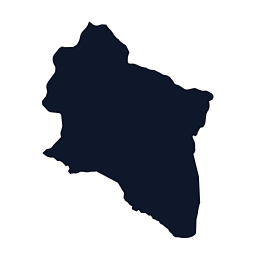 Cândido Mota, São Paulo, Brazil (orthographic projection), rotated 103°
{"feature_id": "56859067B55790387893872", "entity_name": "Cândido Mota", "entity_type": "district", "adm_level": 2, "iso_a3": "BRA", "parent_name": "Brazil", "parent_adm1": "São Paulo", "projection": "orthographic", "projection_center": [-50.425, -22.81], "detail": "fine", "context": "isolated", "style": "filled", "palette": "ink", "viewbox_px": 256, "rotation_deg": 103, "n_neighbors": 0, "source": "geoboundaries", "source_scale": "gbopen_adm2", "svg_char_len": 2466}
<svg xmlns="http://www.w3.org/2000/svg" viewBox="0 0 256 256"><g transform="rotate(103 128 128)"><path d="M75.1,58.1L74.8,60.2L75.4,62.5L75.8,64.4L75.3,68.3L74.7,71.3L75.3,73.2L77.4,77.4L78.1,79.3L78.2,81.2L77.0,84.6L75.6,88.5L75.5,91.6L74.5,93.3L72.3,95.5L71.1,97.1L69.5,99.1L68.7,102.0L68.9,106.0L67.7,109.5L66.9,113.1L66.3,115.5L66.9,119.0L66.7,121.4L65.9,123.7L66.0,126.0L66.0,128.5L65.7,131.0L65.1,133.6L64.8,135.6L64.9,137.9L65.5,139.8L65.6,142.4L63.6,143.9L58.5,144.9L54.2,144.4L51.2,146.7L48.6,148.9L47.4,152.2L45.7,156.0L44.4,157.4L43.6,159.4L42.4,161.1L41.1,163.1L39.6,164.3L38.1,166.0L36.7,168.0L34.8,170.9L33.0,172.6L33.6,176.7L35.7,180.3L36.1,182.1L36.2,184.6L35.1,186.8L34.0,189.3L36.6,189.6L39.7,190.6L45.5,193.9L47.5,194.5L51.5,194.4L55.1,194.8L57.6,195.6L59.2,196.3L62.1,199.4L64.2,207.7L64.2,210.5L66.3,212.4L68.3,213.4L71.9,215.1L73.5,216.0L76.0,216.4L78.8,215.9L80.9,215.0L84.8,211.7L88.7,211.0L90.5,211.0L94.5,212.7L101.1,215.6L102.8,216.0L104.5,216.4L107.2,215.8L110.7,214.1L115.7,214.4L121.3,217.1L124.3,216.1L126.6,212.5L127.7,211.1L128.9,209.1L129.3,207.3L128.2,197.8L129.6,195.5L140.7,191.7L142.6,191.7L148.0,192.0L152.0,190.4L161.4,196.0L164.9,197.7L166.1,199.0L167.5,202.1L171.4,204.7L173.4,200.2L173.5,197.0L172.8,193.7L174.0,191.6L175.2,189.3L174.7,186.7L175.8,183.5L177.0,181.7L178.3,180.0L177.1,178.4L178.1,176.6L180.6,175.1L183.4,175.9L184.9,174.0L183.6,171.0L183.4,168.9L182.4,166.8L180.7,165.1L179.9,161.2L179.9,159.2L179.4,157.1L178.1,154.1L177.5,151.3L176.6,149.1L183.0,125.1L189.2,119.2L191.7,116.6L194.1,116.2L196.7,115.9L198.9,113.9L200.1,110.9L202.1,108.5L202.5,105.7L205.6,105.3L206.2,103.2L206.5,101.1L204.5,99.6L205.6,97.4L206.9,96.2L206.8,94.2L206.2,92.0L207.0,89.9L207.9,87.7L207.3,86.0L208.6,84.5L210.3,82.9L210.3,81.0L211.0,79.3L211.1,76.8L213.2,74.9L213.9,72.1L215.6,68.8L217.0,65.6L218.8,64.1L219.9,62.4L220.9,60.5L222.3,59.2L223.0,57.3L222.4,54.9L222.3,51.6L221.9,49.1L221.3,47.0L220.6,44.5L218.7,41.4L216.5,39.3L214.8,38.9L204.2,41.0L202.2,41.4L195.5,41.5L192.1,41.8L189.1,41.9L187.1,41.9L184.9,41.6L159.6,48.7L138.6,59.3L136.6,58.3L134.3,58.2L132.5,58.9L129.9,59.4L127.8,60.1L125.2,61.9L123.6,63.2L121.4,64.1L119.5,62.9L120.1,60.7L118.4,59.8L116.1,59.8L113.8,59.1L111.1,58.3L109.7,55.6L107.3,54.7L104.7,54.6L101.9,55.0L98.6,55.3L96.5,55.5L93.9,54.9L91.4,54.1L89.1,54.1L86.5,54.7L83.7,56.1L82.1,54.2L80.9,52.7L79.1,52.3L77.2,53.0L76.1,54.5L75.1,58.1Z" fill="#0f172a" stroke="#020617" stroke-width="1.5"/></g></svg>